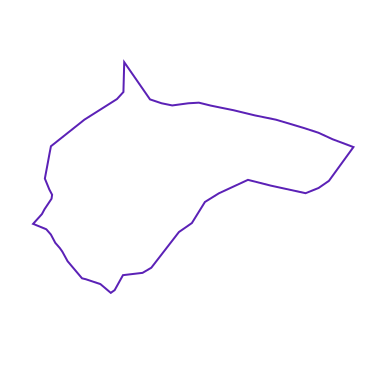 outline of Nyiragongo, Nord-Kivu, Democratic Republic of the Congo, rotated 11°
{"feature_id": "63176286B84996923503616", "entity_name": "Nyiragongo", "entity_type": "district", "adm_level": 2, "iso_a3": "COD", "parent_name": "Democratic Republic of the Congo", "parent_adm1": "Nord-Kivu", "projection": "robinson", "projection_center": [29.271, -1.55], "detail": "fine", "context": "isolated", "style": "outline", "palette": "violet", "viewbox_px": 384, "rotation_deg": 11, "n_neighbors": 0, "source": "geoboundaries", "source_scale": "gbopen_adm2", "svg_char_len": 804}
<svg xmlns="http://www.w3.org/2000/svg" viewBox="0 0 384 384"><g transform="rotate(11 192 192)"><path d="M131.5,306.5L134.8,303.1L140.1,286.8L158.9,280.8L166.5,274.1L186.8,233.8L197.8,222.5L206.6,199.3L218.7,188.1L244.6,169.4L268.0,170.7L303.7,171.5L315.5,163.9L324.3,154.9L341.9,117.1L320.0,113.4L304.8,109.7L289.3,107.8L260.6,105.0L239.1,104.8L217.2,103.8L203.6,103.7L193.8,103.6L181.7,103.0L171.5,105.6L156.1,110.8L145.2,110.7L133.1,109.1L100.7,77.5L105.6,106.9L100.6,115.1L81.3,133.3L72.6,141.5L55.5,161.5L44.8,174.0L44.8,181.3L44.9,190.8L45.0,206.9L51.5,216.8L55.2,221.4L55.4,225.4L50.5,237.1L48.9,242.3L44.4,249.8L42.1,253.6L56.1,256.4L61.6,260.7L67.5,268.0L73.0,272.3L76.1,275.3L83.1,283.7L100.5,297.7L104.5,297.9L119.7,299.9L131.5,306.5Z" fill="none" stroke="#5b21b6" stroke-width="2"/></g></svg>